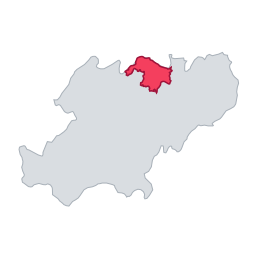 location of Macvanski within Republic of Serbia, rotated 94°
{"feature_id": "SRB-838", "entity_name": "Macvanski", "entity_type": "District", "adm_level": 1, "iso_a3": "SRB", "parent_name": "Republic of Serbia", "parent_adm1": "", "projection": "orthographic", "projection_center": [19.594, 44.517], "detail": "fine", "context": "in_parent", "style": "filled", "palette": "rose", "viewbox_px": 256, "rotation_deg": 94, "n_neighbors": 0, "source": "natural_earth", "source_scale": "10m", "svg_char_len": 6973}
<svg xmlns="http://www.w3.org/2000/svg" viewBox="0 0 256 256"><g transform="rotate(94 128 128)"><path d="M143.5,93.7L149.9,95.6L152.8,97.4L154.4,99.8L158.5,101.4L165.1,102.0L169.8,104.4L172.5,108.6L176.7,107.4L182.3,100.9L188.0,99.0L193.7,101.9L196.9,104.2L197.5,106.2L196.2,107.0L193.0,106.8L190.5,108.1L188.6,110.9L188.4,113.9L189.9,117.0L192.0,119.1L194.6,120.2L196.1,121.8L196.3,123.9L197.0,124.4L195.6,125.4L194.0,126.9L193.2,129.5L193.1,133.5L188.2,136.8L186.3,137.5L185.5,139.6L184.4,145.5L184.7,149.9L185.5,152.2L185.8,154.0L187.6,156.2L189.2,159.6L190.3,164.1L192.7,167.6L198.4,170.9L201.3,172.8L203.5,175.6L205.2,178.2L210.0,181.5L209.8,184.1L208.9,186.6L207.8,187.8L205.6,191.0L203.4,192.9L199.8,198.6L193.9,199.2L192.5,199.6L190.3,201.3L189.3,204.1L190.4,206.3L190.4,208.5L189.5,213.0L191.1,217.6L193.3,219.7L193.6,221.0L193.4,223.2L190.4,227.8L189.5,229.5L186.3,230.4L185.2,230.0L183.5,228.5L182.0,228.1L178.3,230.0L174.5,231.3L171.5,230.5L168.5,230.5L166.4,231.3L164.9,231.6L161.9,233.7L157.0,235.2L154.7,234.9L153.8,233.1L152.9,230.5L153.3,229.4L156.5,227.2L156.8,225.3L161.1,215.7L161.9,212.6L161.9,211.6L160.7,211.0L158.2,211.1L147.2,207.5L147.6,203.1L144.3,200.8L140.8,198.7L140.2,196.4L136.3,191.7L133.4,189.1L129.8,187.8L126.7,185.9L124.8,184.8L124.0,182.5L124.0,181.2L123.0,180.0L121.5,180.1L119.0,181.9L116.0,183.5L115.4,184.6L116.6,187.2L117.4,188.9L117.1,190.5L116.1,192.5L110.2,197.0L109.5,198.6L110.7,201.1L110.0,202.2L105.0,203.9L105.1,202.6L104.8,200.4L101.9,198.1L97.9,196.3L88.8,190.1L85.4,189.3L82.3,188.6L77.9,185.7L75.6,185.1L73.1,183.0L67.7,175.8L63.0,171.9L59.9,169.9L59.0,168.0L58.8,166.0L58.9,165.4L61.3,162.6L63.2,162.2L65.5,162.1L67.1,163.5L69.1,163.8L70.3,162.0L70.9,159.4L70.6,156.1L65.7,148.3L61.5,142.9L61.0,141.7L62.0,140.7L63.4,140.1L65.0,140.6L69.1,141.0L73.1,140.5L74.4,139.2L74.4,137.4L73.0,135.8L68.4,131.3L64.8,127.4L60.6,124.4L57.5,123.2L56.5,121.6L56.2,120.0L56.5,117.0L56.8,113.2L57.5,110.8L60.3,106.3L63.0,101.6L64.7,97.0L65.6,92.7L65.3,91.5L63.9,90.6L60.9,89.6L56.8,90.4L53.4,91.9L52.0,92.0L51.6,90.1L52.1,89.3L53.2,89.4L54.1,89.8L55.1,88.9L55.6,86.3L54.3,77.4L56.9,76.6L56.9,75.3L57.1,74.1L59.8,75.7L63.6,75.7L66.9,75.4L67.4,74.6L67.3,73.3L66.6,72.3L65.5,71.5L64.6,70.2L62.4,69.7L55.5,66.4L52.1,63.0L52.3,59.3L53.3,57.3L54.5,56.6L54.1,56.0L50.2,54.2L48.9,51.9L50.0,48.9L48.0,42.8L46.0,39.0L48.1,37.4L48.4,35.1L48.5,33.7L49.4,33.8L52.8,32.2L54.0,31.0L54.7,29.5L55.5,29.2L57.8,30.8L60.1,30.9L62.8,29.9L64.8,28.5L67.2,27.4L68.2,26.6L69.6,25.3L72.4,21.6L75.6,20.8L79.8,21.8L84.3,22.1L87.7,21.2L96.4,22.2L98.2,23.1L99.5,24.0L101.7,27.2L104.0,31.3L107.0,33.2L110.6,35.4L112.5,37.0L115.3,41.9L117.5,44.3L118.2,44.2L118.9,43.6L119.4,43.0L120.0,43.5L120.1,45.0L120.3,48.3L119.8,51.9L120.6,55.2L120.6,56.2L120.1,57.2L120.2,58.0L121.0,58.9L124.0,61.1L126.8,64.5L130.0,66.8L132.9,68.3L134.8,68.4L137.9,71.1L143.9,72.9L145.8,73.6L147.2,74.7L148.2,76.0L148.3,77.4L147.3,78.1L146.1,80.0L145.6,82.3L144.7,83.0L143.7,83.0L143.0,83.7L143.2,84.7L144.0,85.6L145.3,86.5L147.7,87.3L150.1,88.5L150.1,89.5L149.7,90.6L146.6,91.1L144.4,91.3L143.4,91.8L143.5,93.7Z" fill="#d9dde1" stroke="#a8b0b8" stroke-width="1"/><path d="M61.8,125.0L61.3,124.9L60.9,124.8L60.1,124.4L58.4,124.0L57.7,123.7L57.0,122.8L56.1,120.9L55.8,119.8L55.7,118.8L56.1,117.6L56.6,116.9L57.1,116.1L57.2,114.6L56.6,112.2L56.7,111.3L58.0,110.9L58.4,110.6L58.6,110.2L58.8,109.8L58.9,109.4L58.9,108.5L59.0,108.2L59.2,107.9L59.6,107.7L59.8,107.5L61.6,104.4L62.2,102.7L62.5,102.2L62.9,101.8L63.7,101.1L64.1,100.5L64.5,99.5L65.9,92.9L66.0,92.7L66.4,92.4L66.3,91.9L66.2,91.4L66.1,91.1L65.8,90.9L65.6,90.6L65.7,90.4L65.0,89.9L64.4,89.2L65.0,89.2L66.2,89.7L66.7,89.6L67.2,89.1L67.1,88.7L67.5,88.1L67.8,88.1L68.0,88.2L68.1,88.3L68.6,88.6L68.8,88.8L68.9,89.0L69.0,89.1L69.1,89.4L69.3,89.8L69.4,90.1L69.5,90.2L69.6,90.3L69.8,90.4L69.9,90.5L70.0,90.4L70.3,90.2L70.5,90.0L70.6,89.8L70.7,89.7L70.9,89.6L71.0,89.5L71.3,89.5L71.5,89.7L71.8,90.0L72.0,90.1L72.4,90.3L72.8,90.3L73.1,90.4L73.3,90.4L73.6,90.3L74.0,90.1L74.6,89.8L74.9,89.7L75.1,89.7L75.5,89.6L76.3,89.7L76.7,89.7L76.8,89.7L77.9,88.5L78.3,88.7L78.9,88.8L79.8,89.3L80.8,89.4L81.1,89.6L81.2,90.2L81.0,90.9L79.3,94.3L79.0,95.5L79.1,96.5L79.4,97.0L79.5,97.5L79.7,97.9L80.1,98.2L80.7,98.5L82.7,98.6L84.6,99.6L85.7,100.3L86.3,101.0L87.3,101.6L90.0,101.6L91.0,102.0L90.2,102.5L88.0,103.6L87.6,104.2L88.3,105.1L89.6,104.6L89.4,106.3L89.4,106.6L89.2,107.1L89.2,107.3L89.4,107.7L89.5,107.8L89.5,108.2L89.6,108.8L89.4,108.8L89.2,108.9L88.8,109.2L88.7,109.2L88.2,109.4L87.9,109.6L87.7,109.6L87.3,109.3L87.2,109.2L86.9,109.1L86.7,109.1L86.4,109.3L86.0,109.6L85.9,109.7L85.8,109.8L85.5,109.9L85.4,109.9L85.4,110.0L85.2,110.2L85.1,110.3L84.9,110.7L84.8,111.0L85.0,111.3L85.1,111.5L85.1,111.9L85.1,112.0L85.3,112.3L85.5,112.7L85.6,112.8L85.6,113.0L85.6,113.3L85.4,113.5L85.2,113.7L85.1,113.8L85.1,114.1L85.3,114.5L85.4,114.9L85.4,115.2L85.4,115.5L85.3,115.8L85.2,115.9L84.8,115.8L84.6,115.8L84.4,115.8L84.2,115.9L84.1,116.0L84.0,116.3L84.0,116.5L84.5,117.0L84.8,117.5L84.7,117.7L84.5,118.0L84.4,118.3L84.3,118.5L84.2,118.5L83.9,118.5L82.4,118.5L82.1,118.5L81.9,118.4L81.9,118.2L81.9,117.9L81.5,117.3L81.4,117.2L81.2,117.0L80.8,116.9L80.3,116.7L79.5,116.3L79.1,116.2L78.5,115.9L78.2,115.8L78.1,115.7L77.9,115.7L77.7,115.7L77.6,115.8L77.1,115.9L77.0,116.0L76.5,116.0L76.3,116.1L76.2,116.2L75.8,116.4L75.7,116.5L75.4,116.6L75.1,116.6L74.9,116.6L74.7,116.6L74.4,116.4L74.3,116.2L74.2,115.9L74.0,115.7L73.5,115.4L73.0,115.4L72.7,115.5L72.2,115.7L71.9,115.7L71.6,115.7L71.3,115.7L71.0,115.7L70.9,115.7L70.8,115.8L70.6,115.9L70.6,116.0L70.6,116.3L70.8,116.4L71.1,116.5L71.3,116.7L71.3,116.8L71.2,116.9L71.1,117.1L71.1,117.3L71.1,117.7L71.0,117.9L70.9,118.4L70.8,118.7L70.5,119.2L70.4,119.4L70.3,119.5L70.2,119.6L69.9,119.6L69.6,119.6L69.4,119.6L69.2,119.8L69.1,120.0L69.1,120.3L69.2,120.5L69.3,120.6L69.5,120.8L70.2,120.8L70.3,120.8L70.5,121.2L70.7,121.5L70.8,121.8L70.8,122.0L70.7,122.4L70.6,122.5L70.3,122.6L69.9,122.7L69.7,122.8L69.4,123.2L69.2,123.4L69.2,123.5L69.1,123.9L69.1,124.1L68.9,124.3L68.5,124.6L68.4,124.7L68.4,124.8L68.4,125.2L68.4,125.4L68.3,125.5L68.2,125.9L68.4,126.0L68.8,126.4L69.0,126.5L69.4,126.7L69.7,126.8L69.8,126.8L70.2,126.9L70.7,127.0L70.9,127.1L71.0,127.1L71.3,127.4L71.3,127.5L71.5,127.6L71.8,127.7L72.2,127.6L72.3,127.6L72.7,128.0L72.8,128.1L73.2,128.2L73.3,128.3L73.5,128.5L73.8,128.9L74.1,129.4L74.1,129.5L74.2,130.0L74.3,130.4L74.3,130.5L74.6,130.6L74.8,130.7L75.0,130.9L75.2,131.1L75.3,131.4L75.4,131.6L75.5,131.7L75.6,131.8L75.8,131.9L75.8,132.1L75.7,132.4L75.6,132.7L75.4,133.0L75.2,133.2L75.2,133.3L74.9,133.3L74.7,133.3L74.5,133.2L74.2,133.1L73.9,133.2L73.5,133.3L73.4,133.4L73.1,133.5L72.9,133.6L72.7,133.8L72.4,134.5L72.2,134.7L71.7,134.8L71.0,133.8L70.4,133.2L70.2,132.8L70.1,131.8L69.8,131.4L69.5,131.4L69.1,131.9L68.9,131.9L68.6,131.8L68.2,131.4L66.4,130.1L65.7,129.3L65.5,128.6L65.4,127.5L64.9,126.3L64.2,125.3L63.6,124.7L63.1,124.7L61.8,125.0Z" fill="#f43f5e" stroke="#9f1239" stroke-width="1.5"/></g></svg>